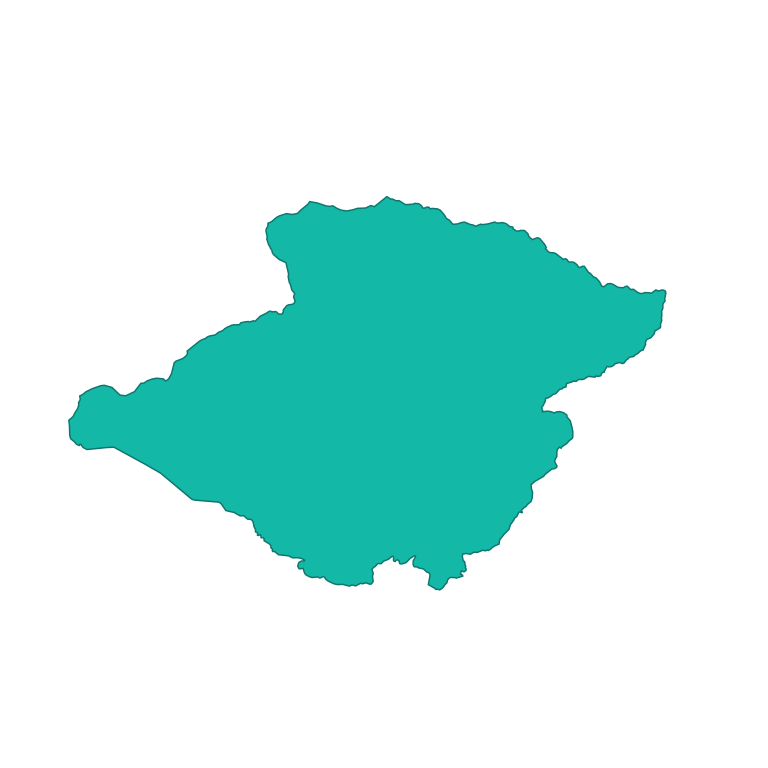 outline of Santo Crucifixo, Ribeira Grande, Cabo Verde, rotated 50°
{"feature_id": "66160863B26577257957631", "entity_name": "Santo Crucifixo", "entity_type": "district", "adm_level": 2, "iso_a3": "CPV", "parent_name": "Cabo Verde", "parent_adm1": "Ribeira Grande", "projection": "mercator", "projection_center": [-25.106, 17.131], "detail": "fine", "context": "isolated", "style": "filled", "palette": "teal", "viewbox_px": 768, "rotation_deg": 50, "n_neighbors": 0, "source": "geoboundaries", "source_scale": "gbopen_adm2", "svg_char_len": 6170}
<svg xmlns="http://www.w3.org/2000/svg" viewBox="0 0 768 768"><g transform="rotate(50 384 384)"><path d="M284.2,230.5L280.5,234.2L279.6,236.0L277.6,236.0L276.3,237.0L275.2,240.0L274.2,241.1L271.3,240.7L268.2,241.5L265.4,244.3L265.0,246.1L260.4,252.3L253.2,254.6L251.5,256.9L247.7,258.7L246.6,260.0L242.3,261.4L242.0,277.4L238.9,279.3L237.3,285.1L232.4,291.4L230.6,295.8L227.6,301.2L223.5,304.9L219.4,307.1L214.6,308.7L212.9,311.6L210.5,313.8L202.5,318.7L196.6,323.6L197.4,326.9L197.3,336.0L197.7,340.9L195.0,345.5L190.8,349.2L188.0,356.0L187.3,359.4L187.4,365.1L186.9,368.0L186.2,369.4L188.6,371.7L189.4,374.3L190.9,376.1L195.8,378.6L197.8,380.7L203.6,383.0L205.4,383.0L206.8,383.7L209.7,384.0L211.5,385.1L214.0,385.4L221.1,384.3L228.0,381.1L238.3,386.3L240.2,388.4L245.2,391.2L247.5,391.7L252.4,394.0L254.1,394.3L257.1,394.1L259.2,397.3L263.5,398.9L264.3,400.8L264.1,403.0L262.2,405.8L261.5,408.1L262.3,412.6L262.9,414.0L264.2,414.9L264.8,417.5L262.5,419.9L260.2,419.9L258.9,420.4L257.1,423.0L254.9,424.5L254.5,425.4L254.1,428.9L252.5,435.3L253.1,442.5L251.6,443.4L250.1,447.2L248.9,447.8L246.7,451.2L245.1,454.3L245.6,456.7L241.9,461.4L241.1,462.9L239.7,467.8L239.3,470.5L239.4,473.4L238.0,477.6L238.0,481.6L235.1,486.8L234.4,489.1L234.3,491.9L233.2,494.6L232.6,497.7L232.2,513.6L234.7,515.2L235.3,518.2L235.1,521.9L232.8,528.6L232.8,530.9L239.4,540.0L241.3,544.6L241.8,547.2L241.1,549.6L238.3,549.7L233.4,554.5L231.2,558.4L229.4,563.3L229.0,567.3L227.2,569.8L229.5,580.0L227.0,589.5L222.7,593.4L211.7,594.6L205.2,599.1L203.2,602.2L200.1,610.4L198.4,617.2L198.4,621.2L197.6,624.8L200.7,626.7L201.9,629.9L203.7,631.2L205.7,634.0L207.6,639.7L209.1,643.1L209.2,648.7L213.8,651.8L221.4,657.8L224.4,659.2L229.4,658.3L232.4,658.3L235.0,657.2L235.3,656.7L234.7,655.8L235.2,655.0L239.2,655.3L243.2,653.7L254.9,636.6L258.9,631.5L292.3,618.4L308.9,612.4L348.8,605.3L351.3,603.6L367.6,587.2L369.2,586.1L371.1,585.7L379.3,586.5L386.2,581.3L392.5,579.0L394.7,576.1L399.7,575.4L402.7,572.7L404.4,572.7L406.0,573.2L409.9,575.3L412.7,575.9L414.7,577.5L415.9,576.8L417.1,576.8L418.5,578.1L419.3,577.6L419.8,575.7L421.1,575.9L422.7,576.9L423.9,575.6L425.3,575.2L427.1,576.6L432.7,574.6L434.2,574.5L435.4,574.8L436.8,575.9L439.1,575.6L439.8,576.7L440.7,576.9L442.3,575.4L446.9,574.6L454.5,567.4L458.3,565.8L461.6,561.8L464.5,559.4L468.0,558.0L468.4,558.5L468.2,559.0L466.5,561.1L466.0,563.5L466.4,564.8L468.2,567.2L470.6,567.8L471.4,567.4L473.3,564.5L478.1,566.5L480.5,566.3L483.5,565.1L486.0,563.5L489.1,558.9L491.5,557.8L492.5,554.2L494.1,553.8L496.3,554.1L499.0,553.5L505.0,550.7L507.8,548.5L511.1,544.3L516.6,540.4L517.4,537.6L520.4,535.5L521.6,530.2L523.4,528.6L524.6,525.7L528.2,523.6L529.1,522.2L528.2,519.1L523.8,516.4L522.2,514.0L518.7,512.6L518.1,511.9L517.9,511.0L518.1,507.6L517.6,504.2L519.8,501.6L519.5,498.0L521.1,493.3L521.2,488.8L521.6,488.0L522.7,487.9L524.9,489.9L526.1,490.3L527.1,489.6L526.8,487.4L527.2,486.8L529.3,486.1L531.0,487.2L532.2,487.2L533.6,485.5L535.0,481.8L534.4,476.0L535.1,471.2L535.9,470.6L536.6,470.8L538.2,475.2L540.8,477.6L542.7,478.3L543.6,478.2L545.2,476.4L546.8,475.9L550.9,472.7L556.0,472.0L556.7,471.1L558.8,471.0L560.4,472.0L566.2,479.0L572.6,476.6L574.7,476.3L575.6,475.0L577.4,473.7L577.8,472.0L577.8,469.5L576.8,465.9L576.7,463.6L574.9,461.1L574.6,458.5L575.0,457.3L578.1,453.9L579.1,453.5L581.8,447.2L581.0,446.7L578.6,447.5L576.9,444.7L578.6,444.0L579.5,442.9L579.5,441.0L578.3,439.9L577.0,439.8L576.2,438.6L573.8,437.8L572.9,436.8L571.4,436.5L570.4,437.0L566.4,434.8L564.9,432.9L566.6,430.1L569.9,427.3L570.6,423.3L573.0,420.7L574.8,415.3L577.0,413.5L577.6,411.6L578.7,410.9L579.0,408.3L578.8,406.1L579.4,402.3L580.6,398.7L577.8,395.7L576.3,388.6L575.7,381.8L573.0,377.5L571.7,372.1L570.7,370.3L570.9,367.5L568.9,363.2L569.2,362.4L571.0,361.3L571.3,360.6L570.6,360.3L569.6,360.6L569.1,360.0L568.7,356.0L569.1,354.2L568.5,351.5L568.5,346.9L566.3,343.4L562.3,339.7L559.4,338.6L555.7,336.1L555.6,331.0L557.3,321.0L556.8,319.3L557.0,310.0L558.3,308.2L558.8,305.8L558.5,304.7L557.7,304.1L553.7,303.4L552.8,302.7L551.8,301.4L550.6,298.2L546.7,294.8L545.6,293.2L545.1,290.2L547.0,289.6L546.4,288.0L547.1,282.5L546.5,278.6L546.7,274.8L545.9,273.4L541.8,269.9L536.9,267.3L531.9,265.0L526.9,265.0L525.4,263.9L521.4,264.9L518.1,267.1L516.0,270.3L515.9,271.9L511.7,274.5L509.7,276.5L507.1,280.5L506.4,279.6L503.4,278.5L502.7,275.7L500.8,271.5L498.8,269.4L500.0,267.5L500.7,263.7L500.5,261.7L501.8,258.4L501.0,252.9L502.3,250.3L501.9,249.4L503.2,246.5L501.0,243.8L503.1,239.1L503.5,237.1L505.5,235.1L505.6,232.0L507.9,229.4L508.8,227.6L509.5,222.5L514.4,218.0L514.1,216.6L515.4,215.5L516.8,213.3L516.9,212.6L515.7,209.9L515.7,208.8L516.5,207.6L515.4,206.0L513.9,201.8L515.2,201.0L516.9,198.5L517.3,195.3L517.0,194.0L519.0,189.6L521.4,188.4L521.9,187.6L522.2,186.4L521.4,183.1L521.6,181.0L521.3,179.9L521.5,178.3L523.5,174.9L523.1,173.9L523.8,169.3L523.5,166.8L524.0,164.4L524.5,163.8L521.9,158.2L519.8,156.7L518.8,153.9L520.1,149.9L519.2,144.6L517.5,142.4L518.5,136.3L518.0,135.4L516.0,133.8L513.7,130.2L511.8,129.2L510.6,127.6L506.6,124.4L505.3,121.8L501.9,118.8L501.1,115.4L499.0,114.0L495.6,109.7L494.9,109.8L494.4,108.9L493.0,108.8L491.0,110.1L488.9,114.3L486.7,115.2L486.3,121.0L484.5,122.2L481.4,125.7L481.0,127.5L479.3,129.6L477.2,130.7L471.7,132.1L470.3,134.3L465.4,134.8L464.6,136.1L464.0,139.0L460.4,142.6L454.9,144.5L452.7,145.8L450.9,148.5L450.9,153.1L448.9,154.3L444.4,153.2L438.9,153.4L436.6,154.7L431.3,154.9L430.5,155.7L422.6,154.9L421.6,155.9L420.6,159.1L419.4,159.8L416.5,159.5L413.2,160.2L411.4,161.5L409.8,163.6L408.5,164.1L406.4,163.8L404.6,164.5L403.8,166.6L394.7,168.5L392.7,169.6L390.0,172.4L388.2,173.1L384.1,173.3L383.8,172.0L380.5,171.2L372.7,171.2L371.1,172.0L370.3,173.0L368.7,177.6L364.0,178.3L361.5,177.2L356.8,177.7L354.2,180.5L353.2,182.9L351.7,184.3L348.0,185.3L346.8,184.5L345.6,185.0L345.4,185.6L344.4,186.4L339.6,187.4L336.6,189.4L334.2,193.0L332.7,194.4L331.1,195.1L328.3,201.3L325.1,206.3L323.7,207.2L322.0,212.6L319.7,213.4L316.9,215.6L312.0,218.1L310.8,219.5L308.4,225.2L305.9,228.6L300.7,228.6L297.3,229.8L293.3,229.1L286.9,229.2L284.2,230.5Z" fill="#14b8a6" stroke="#0f766e" stroke-width="1.5"/></g></svg>